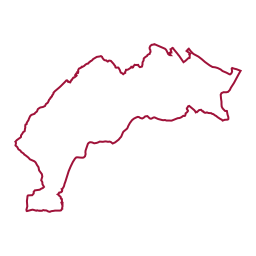 Buchin, Caras-Severin, Romania
{"feature_id": "2599482B78488778616963", "entity_name": "Buchin", "entity_type": "district", "adm_level": 2, "iso_a3": "ROU", "parent_name": "Romania", "parent_adm1": "Caras-Severin", "projection": "orthographic", "projection_center": [22.172, 45.329], "detail": "fine", "context": "isolated", "style": "outline", "palette": "rose", "viewbox_px": 256, "rotation_deg": 0, "n_neighbors": 0, "source": "geoboundaries", "source_scale": "gbopen_adm2", "svg_char_len": 5601}
<svg xmlns="http://www.w3.org/2000/svg" viewBox="0 0 256 256"><path d="M240.6,70.8L236.5,69.2L234.3,68.7L232.2,68.0L231.7,68.6L232.1,71.7L231.3,73.4L230.3,74.3L229.5,74.3L226.5,72.7L223.4,71.4L222.5,71.0L220.7,69.5L217.6,68.0L215.1,67.3L212.5,67.0L209.7,65.4L205.0,62.0L201.8,59.2L198.4,56.6L193.4,53.9L190.9,51.4L188.8,48.7L187.8,49.5L188.0,49.8L186.6,51.0L190.2,53.7L189.3,54.5L189.5,54.8L189.8,54.7L189.6,57.4L189.7,57.8L189.2,58.1L188.7,58.0L188.3,58.2L185.4,60.9L183.5,62.2L179.1,55.8L178.1,54.7L177.6,53.9L173.2,48.6L173.2,48.3L172.5,47.9L171.9,48.3L171.6,48.8L170.5,49.3L171.4,51.9L171.4,52.5L170.3,52.4L169.6,52.8L170.0,53.2L170.4,54.9L170.7,55.2L170.1,55.2L169.2,54.9L168.3,54.0L168.2,54.0L166.4,50.3L165.8,49.5L164.9,48.7L154.5,44.2L154.0,44.6L153.4,44.4L152.5,44.8L151.7,44.8L150.3,46.0L149.6,47.6L149.6,48.2L149.7,49.0L150.2,49.6L150.5,51.4L150.5,51.9L149.9,53.0L149.6,54.0L148.8,54.2L147.8,54.8L147.5,55.0L147.1,55.9L145.1,57.2L144.7,57.7L144.2,58.0L143.9,58.3L143.7,58.8L143.7,59.7L143.5,60.7L142.8,61.8L142.6,62.4L142.5,62.8L142.5,64.5L142.2,65.4L142.2,65.9L141.9,66.6L140.2,67.1L139.8,67.1L138.4,65.7L138.2,64.9L135.6,65.0L134.6,64.8L134.1,65.6L133.2,66.4L133.2,67.1L133.1,67.3L132.5,67.6L132.2,67.6L131.5,66.9L131.3,66.8L130.5,67.9L128.6,69.2L127.7,69.7L126.0,69.8L125.9,70.5L125.1,72.0L125.2,72.9L124.3,73.3L123.2,74.2L121.8,73.0L121.1,72.8L120.7,72.5L119.7,69.8L118.4,67.6L117.9,67.5L116.6,67.7L115.6,67.5L115.4,67.1L115.3,66.3L114.9,65.6L114.3,65.0L113.7,64.0L110.9,60.9L109.4,60.6L108.8,60.7L107.9,61.5L107.5,61.5L106.3,60.4L105.5,60.4L104.4,60.1L103.9,59.7L102.7,58.3L102.0,56.8L100.9,56.1L100.0,56.4L96.8,56.9L93.1,59.1L92.2,60.2L91.1,61.0L90.5,61.1L90.3,61.5L90.0,61.8L89.2,62.2L88.5,63.1L88.4,63.4L87.8,63.7L87.4,63.6L86.3,64.1L85.4,64.7L84.2,65.9L81.1,67.6L81.1,67.4L80.4,68.0L79.1,68.5L78.9,68.7L78.3,69.8L78.1,70.5L78.3,71.8L78.0,72.8L77.3,72.5L77.3,72.8L77.0,73.0L77.0,73.3L76.8,73.4L76.6,73.2L76.4,73.3L75.1,75.2L75.5,75.7L76.1,75.0L76.6,75.6L75.9,76.3L75.4,76.6L74.5,77.4L73.9,77.6L73.5,77.5L72.9,78.1L72.3,79.1L71.6,79.8L71.6,80.1L71.3,80.2L70.9,80.5L71.4,80.3L70.8,81.1L70.6,81.7L70.2,82.4L69.9,82.3L69.8,82.2L69.3,82.2L69.1,82.0L68.4,81.9L68.5,81.6L68.4,81.4L67.9,81.4L67.7,81.1L66.9,80.7L66.9,80.4L66.4,80.4L66.2,80.6L64.9,82.0L60.8,86.1L59.4,87.4L54.9,91.2L53.5,92.7L53.5,93.5L52.5,95.1L52.1,95.4L52.0,96.2L51.3,96.9L51.3,97.1L50.7,97.4L50.5,97.6L50.5,98.2L50.3,98.5L49.1,99.7L48.7,100.9L48.4,101.2L48.4,101.5L47.9,102.5L47.6,102.7L47.3,103.2L46.9,103.3L45.9,104.1L45.0,106.0L42.9,107.0L40.7,107.4L39.9,107.7L39.0,108.3L37.9,109.1L37.6,109.7L37.3,110.7L36.8,111.6L35.6,112.5L34.6,113.5L34.5,113.8L31.4,114.9L30.1,116.2L28.8,119.1L28.4,120.3L27.4,121.7L26.7,123.0L26.7,124.0L26.1,124.4L25.6,124.5L25.4,124.8L25.2,126.3L25.3,127.7L25.0,128.6L24.7,131.1L24.5,131.3L23.2,132.1L22.3,133.7L21.1,135.3L21.0,135.7L21.0,136.9L20.7,137.3L16.8,140.1L15.4,141.7L15.6,141.9L16.0,143.0L15.5,145.5L17.3,147.1L18.4,149.3L20.4,150.6L21.2,151.9L23.7,153.6L24.2,154.5L25.5,155.3L28.3,157.5L29.9,159.3L34.4,161.3L35.6,162.4L37.0,165.0L38.5,167.2L39.1,170.4L41.9,174.2L42.3,176.5L41.2,180.3L42.1,181.6L42.4,182.7L42.4,183.6L42.5,184.3L44.0,186.9L43.0,187.9L40.7,189.0L39.8,189.7L34.8,190.4L33.6,192.0L33.8,192.9L33.6,193.6L32.2,195.2L28.1,195.4L27.5,196.1L27.3,198.1L26.9,201.0L27.3,206.4L26.4,209.8L26.7,211.0L26.9,211.1L28.5,210.7L31.1,210.0L32.4,209.7L33.2,209.8L36.3,210.7L37.1,210.3L38.4,210.7L39.7,210.7L40.0,210.9L40.5,210.7L41.9,210.8L43.0,210.2L43.6,210.1L44.5,210.4L46.1,210.4L47.1,210.8L48.3,211.5L49.9,211.8L51.2,211.2L54.0,210.8L54.9,210.6L59.9,210.6L60.9,210.4L61.2,210.2L61.7,209.2L62.3,208.8L62.1,208.1L62.5,206.3L62.3,205.1L61.5,202.8L61.9,202.8L62.5,203.6L62.5,203.1L62.6,202.6L62.0,201.8L62.0,201.1L61.9,200.6L61.9,199.2L61.5,199.0L61.4,198.7L61.0,198.7L60.8,198.5L60.7,197.0L59.9,196.2L59.1,195.7L58.9,195.2L57.8,194.4L58.5,194.0L58.6,193.4L59.2,192.6L59.7,192.7L60.3,192.3L61.1,192.2L62.0,191.4L61.9,190.7L62.3,190.0L61.8,189.2L62.2,189.1L62.3,188.7L63.2,187.7L64.0,186.1L64.5,184.0L65.4,181.6L68.7,171.1L70.7,166.4L72.9,161.9L75.0,158.6L76.3,157.4L77.6,157.3L80.3,157.6L82.9,157.7L83.8,157.4L85.0,156.3L85.6,154.1L85.4,152.3L85.6,150.5L87.9,143.8L88.7,142.9L90.0,142.2L92.0,142.4L94.2,143.3L96.7,142.9L98.3,142.3L99.7,141.6L102.4,141.8L103.7,141.7L104.6,141.5L105.8,141.4L108.0,141.8L109.6,141.6L110.8,142.0L112.7,143.5L115.1,142.4L118.7,139.6L119.9,138.1L121.2,136.7L122.8,132.8L123.4,131.7L127.1,128.6L127.7,127.5L128.1,126.3L129.9,123.0L132.0,120.2L133.8,118.7L135.7,117.7L137.6,116.9L138.8,117.0L140.4,118.0L142.2,118.5L143.6,117.8L145.2,116.4L147.4,116.1L149.6,118.3L150.6,118.7L151.5,118.6L153.5,117.5L154.6,117.4L158.1,119.0L162.4,120.1L163.7,120.2L165.0,120.0L166.3,120.5L171.7,120.6L177.7,118.2L179.6,118.0L181.4,117.2L183.3,115.8L184.3,116.0L185.1,115.7L185.5,114.6L185.6,113.4L187.3,112.0L187.6,111.2L188.0,110.9L187.9,110.4L186.9,109.1L186.8,108.3L187.6,107.5L187.9,106.5L188.4,106.2L189.2,105.9L194.0,109.9L194.7,110.6L195.8,112.4L196.8,111.8L197.1,112.0L199.1,110.1L201.1,109.8L202.4,111.2L203.2,111.3L203.6,111.8L203.6,112.1L204.2,112.4L204.5,112.4L205.0,112.8L206.1,112.7L206.9,112.4L208.4,113.0L211.3,113.2L212.2,113.9L213.3,114.1L215.5,115.7L216.1,115.9L217.5,117.1L220.5,119.1L221.7,119.6L222.6,120.6L224.7,119.8L227.7,119.6L228.3,119.1L228.4,118.2L228.3,117.0L227.5,114.5L226.9,111.0L226.4,110.9L225.7,111.0L225.0,110.9L222.7,108.5L221.7,106.6L221.5,104.2L221.5,101.8L221.0,98.3L220.7,94.7L221.5,93.1L223.6,92.2L226.1,92.3L228.0,91.9L229.8,90.0L230.9,87.7L234.0,82.9L238.5,74.5L240.6,70.8Z" fill="none" stroke="#9f1239" stroke-width="2"/></svg>